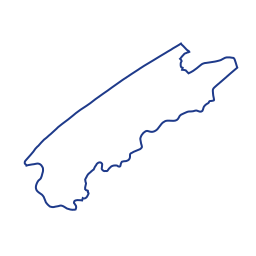 Phu Vang, Thừa Thiên - Huế, Vietnam (Robinson projection), rotated 283°
{"feature_id": "81297802B31894177777214", "entity_name": "Phu Vang", "entity_type": "district", "adm_level": 2, "iso_a3": "VNM", "parent_name": "Vietnam", "parent_adm1": "Thừa Thiên - Huế", "projection": "robinson", "projection_center": [107.696, 16.453], "detail": "fine", "context": "isolated", "style": "outline", "palette": "blue", "viewbox_px": 256, "rotation_deg": 283, "n_neighbors": 0, "source": "geoboundaries", "source_scale": "gbopen_adm2", "svg_char_len": 5128}
<svg xmlns="http://www.w3.org/2000/svg" viewBox="0 0 256 256"><g transform="rotate(283 128 128)"><path d="M55.9,104.0L56.1,103.6L56.3,103.4L56.6,103.3L57.1,103.3L57.5,103.2L57.8,103.0L58.0,102.7L57.9,102.3L57.9,101.7L58.0,101.1L58.3,100.7L58.7,100.2L58.9,99.9L59.0,99.9L59.8,99.8L60.4,99.6L61.1,99.6L62.2,99.6L62.8,99.6L63.9,99.6L64.4,99.6L64.9,99.4L65.4,99.1L66.0,98.7L67.1,98.3L67.7,98.0L68.0,97.9L68.4,97.9L69.1,98.1L70.4,98.4L70.5,98.5L71.9,98.8L72.8,99.1L73.7,99.4L74.2,99.7L75.1,100.3L76.8,101.6L77.4,101.9L78.0,102.4L79.1,103.2L79.8,103.9L80.8,104.1L81.8,104.3L83.0,104.6L84.6,105.3L85.5,105.5L86.0,105.7L86.3,105.9L87.1,106.5L87.7,107.2L88.0,107.8L88.2,108.4L88.2,109.1L88.1,109.6L87.7,110.2L87.4,110.7L87.2,110.8L86.9,111.0L85.5,111.2L84.0,111.4L82.7,111.5L82.4,111.6L82.0,111.8L81.6,112.2L81.2,112.9L80.9,113.4L80.7,114.1L80.7,114.5L81.1,116.1L81.3,117.1L81.6,117.5L81.9,117.7L82.7,118.0L83.6,118.4L84.3,118.7L85.8,119.7L86.6,120.2L87.1,120.7L87.5,121.3L88.0,122.1L88.4,123.1L88.8,124.6L88.9,125.6L88.8,126.2L88.5,126.8L88.4,127.1L88.4,127.8L88.4,128.2L88.6,128.6L88.9,128.9L89.3,129.1L90.4,129.1L91.7,129.1L92.3,129.2L92.7,129.3L93.1,129.4L93.4,129.5L93.7,129.6L93.9,129.9L94.1,130.3L94.5,131.1L94.9,132.1L95.1,132.9L95.3,133.5L95.8,134.3L96.3,135.0L96.7,135.4L97.0,135.7L97.4,135.9L97.5,136.0L98.2,136.3L99.2,136.5L99.6,136.5L100.5,136.4L101.8,136.1L102.4,136.0L103.0,136.0L103.4,136.1L103.9,136.4L104.7,137.4L106.1,138.9L108.6,142.4L110.1,144.5L111.3,145.4L112.2,145.8L112.8,145.8L114.2,145.2L115.7,144.3L119.2,142.8L120.2,142.4L121.7,142.4L123.9,142.8L125.0,143.3L126.7,144.1L128.8,145.9L129.4,147.1L129.5,147.8L129.5,148.0L129.4,150.3L129.5,151.6L129.9,153.0L130.7,154.4L131.4,155.2L132.3,156.1L133.6,157.0L137.3,158.7L139.7,159.8L141.1,160.7L142.9,162.5L143.5,163.4L144.1,165.0L144.7,168.0L144.9,169.1L145.3,171.0L145.9,172.5L146.7,173.6L147.0,173.9L148.0,174.6L149.1,175.0L151.5,175.7L152.9,176.7L154.8,179.1L156.3,181.1L157.1,182.2L157.7,183.4L158.5,186.3L159.0,187.7L160.1,189.7L160.4,190.7L160.4,191.4L160.2,193.1L160.1,194.1L160.2,194.8L160.6,195.8L161.4,196.6L162.9,196.9L164.7,197.0L165.9,197.2L166.5,197.5L167.1,197.8L168.2,198.5L169.5,199.7L170.1,200.4L170.8,200.9L171.1,201.0L171.7,201.1L172.3,201.3L172.5,201.5L172.7,201.8L173.2,203.4L173.9,204.9L174.1,205.3L174.3,205.4L174.6,205.5L174.8,205.5L176.1,205.0L178.7,203.8L180.4,203.2L182.9,202.4L183.8,202.2L184.5,202.1L185.1,202.2L186.0,202.5L186.7,202.9L187.6,203.5L190.0,205.2L191.2,206.1L195.4,209.2L199.7,212.3L204.0,215.4L208.3,218.6L211.4,220.9L212.5,220.2L215.5,218.5L218.6,216.6L219.1,216.2L219.6,215.7L219.8,215.4L219.9,215.2L220.0,215.0L219.9,213.9L219.7,211.4L219.3,209.6L219.0,208.3L218.5,207.3L218.1,206.6L216.1,204.3L215.1,203.2L214.6,202.4L213.9,201.1L212.9,199.1L212.2,197.6L210.0,192.1L209.1,189.8L208.5,188.1L207.8,186.9L207.1,185.9L206.1,185.0L205.6,184.6L204.2,183.5L201.6,181.5L198.5,178.8L197.8,178.1L197.1,177.3L196.6,176.8L194.9,174.7L196.7,171.9L197.1,171.4L197.1,171.2L197.2,170.5L197.1,169.0L196.9,167.6L199.0,167.7L199.1,166.8L199.2,166.3L199.6,165.9L200.4,165.4L202.3,164.9L203.4,164.8L204.1,164.9L204.9,165.1L205.2,165.2L205.6,165.0L206.3,164.4L207.1,163.2L207.5,163.5L208.4,163.8L209.2,164.2L210.2,164.7L212.1,165.8L212.9,166.2L213.4,166.7L214.1,167.8L214.5,168.3L214.9,168.8L215.2,169.4L215.4,169.9L215.7,170.2L216.0,170.6L216.3,170.4L216.4,170.2L216.6,169.8L216.8,169.3L217.3,168.0L217.8,167.1L218.3,166.4L219.1,165.2L220.4,163.2L221.3,161.6L221.9,160.9L222.2,160.6L220.8,159.3L218.3,156.7L215.7,153.9L214.0,152.3L211.1,149.2L210.0,148.1L204.9,142.8L199.8,137.6L192.2,129.7L188.1,125.7L187.7,125.4L181.2,119.1L173.6,111.9L165.2,104.4L164.1,103.4L159.8,99.7L156.2,96.4L149.0,90.0L143.5,85.5L140.1,82.4L135.0,77.5L130.8,73.9L127.9,71.7L122.8,67.7L117.6,63.3L116.5,62.4L113.1,59.7L111.2,58.5L104.8,54.1L104.0,53.5L103.1,52.8L100.8,51.2L99.7,50.4L98.9,49.7L98.3,49.3L97.8,48.8L97.0,48.4L96.5,48.0L96.2,47.9L94.6,46.9L90.2,44.5L89.5,43.9L88.6,43.4L88.1,43.1L87.1,42.5L86.9,42.4L83.7,41.1L79.8,39.1L73.0,35.4L72.1,35.1L71.3,35.1L70.3,35.4L69.6,36.2L69.2,37.1L68.5,37.5L69.3,38.9L70.2,41.0L71.0,42.9L71.5,44.3L72.4,46.3L73.0,47.8L73.1,48.5L73.1,49.4L72.9,50.4L72.6,51.1L72.1,52.0L71.1,53.0L70.3,53.8L69.3,54.3L67.8,54.7L67.4,54.8L66.1,54.9L64.5,54.8L64.2,54.8L61.3,54.7L60.4,54.5L59.5,54.4L58.6,54.0L57.9,53.5L56.7,52.6L55.7,52.2L54.8,51.9L53.5,51.6L51.8,51.4L50.5,51.4L48.9,51.7L47.2,52.6L46.0,53.9L45.0,55.8L44.9,56.2L44.4,57.3L44.1,58.1L43.7,59.1L43.0,60.1L42.0,61.3L41.0,62.0L38.9,63.5L37.1,64.7L36.2,65.8L35.2,67.2L34.1,69.2L34.0,69.4L34.0,69.6L33.9,69.8L33.9,71.1L33.9,71.9L34.3,73.5L35.0,74.9L36.2,77.7L37.2,79.5L37.4,80.5L37.3,82.0L36.9,83.5L35.8,86.7L35.6,90.2L35.8,92.2L36.4,94.4L36.8,95.2L37.0,95.2L37.4,95.3L38.1,95.4L39.3,95.3L40.6,94.7L41.7,93.5L42.4,92.8L42.7,92.3L43.3,92.1L43.5,92.1L43.9,92.1L45.0,92.4L45.8,93.5L46.4,95.0L46.9,97.7L47.1,99.6L49.5,99.7L49.4,100.0L49.4,100.4L49.4,100.9L49.5,101.2L49.7,101.7L49.9,102.0L50.1,102.3L50.9,103.0L51.6,103.4L52.5,103.7L53.4,103.9L53.9,104.1L54.6,104.2L55.0,104.3L55.3,104.3L55.4,104.2L55.5,104.1L55.9,104.0Z" fill="none" stroke="#1e3a8a" stroke-width="2"/></g></svg>